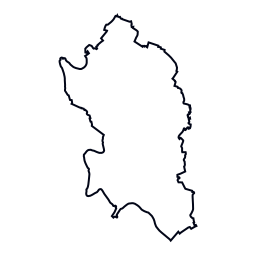 Hoai Duc, Ha Noi, Vietnam (Natural Earth projection)
{"feature_id": "81297802B48396752750587", "entity_name": "Hoai Duc", "entity_type": "district", "adm_level": 2, "iso_a3": "VNM", "parent_name": "Vietnam", "parent_adm1": "Ha Noi", "projection": "natural_earth1", "projection_center": [105.698, 21.023], "detail": "fine", "context": "isolated", "style": "outline", "palette": "ink", "viewbox_px": 256, "rotation_deg": 0, "n_neighbors": 0, "source": "geoboundaries", "source_scale": "gbopen_adm2", "svg_char_len": 5725}
<svg xmlns="http://www.w3.org/2000/svg" viewBox="0 0 256 256"><path d="M160.7,47.2L158.2,46.9L158.4,45.7L148.6,42.4L147.4,46.6L147.2,47.3L146.7,47.0L146.0,46.0L145.7,46.1L145.1,46.2L144.6,46.0L144.4,46.5L143.1,45.9L142.9,45.9L142.5,46.7L134.5,41.5L136.2,37.5L137.3,35.6L137.6,34.5L137.8,31.7L137.4,31.1L136.2,30.1L132.9,28.0L133.2,26.8L131.7,27.0L131.4,25.2L131.4,24.9L131.7,24.3L131.7,23.9L131.1,21.3L129.5,21.7L122.3,19.2L122.2,18.8L121.1,18.7L120.8,18.5L120.0,16.9L119.1,17.1L117.7,16.3L117.3,15.4L116.8,16.4L115.7,15.9L115.5,16.0L113.6,19.3L112.3,20.8L111.2,21.9L107.9,24.6L107.4,24.7L106.3,24.7L105.6,25.7L104.9,27.4L104.2,29.9L107.0,30.7L106.7,31.5L101.1,38.3L103.0,40.6L100.8,42.2L97.6,45.0L97.8,45.4L97.7,45.6L96.3,46.6L96.6,47.5L97.1,48.6L96.4,49.1L95.5,48.5L94.9,48.3L93.6,48.6L93.3,48.3L92.8,47.7L92.0,46.3L91.3,45.8L90.7,45.5L89.5,45.1L89.2,45.0L86.6,47.2L85.3,48.7L85.4,52.5L86.5,52.8L87.6,51.3L88.9,53.3L87.4,54.5L85.1,56.0L86.2,57.7L86.5,58.2L86.6,58.8L86.7,59.8L86.7,62.8L86.5,63.8L86.2,64.7L85.8,65.4L85.2,66.3L84.6,66.9L83.8,67.6L81.5,68.9L80.5,69.0L79.7,69.0L76.1,68.1L75.5,67.9L73.8,67.2L73.0,66.7L70.5,64.6L69.8,63.7L69.3,63.0L68.5,62.4L67.5,61.8L66.7,61.2L65.9,60.2L65.5,58.9L65.0,58.3L64.8,58.2L64.2,58.4L63.8,58.1L63.5,58.3L63.2,58.7L62.9,58.7L62.7,58.1L62.4,57.8L61.9,57.6L61.5,57.6L60.7,58.0L60.3,58.5L60.5,59.3L60.6,59.7L59.9,60.3L59.6,60.9L59.6,61.5L59.7,62.4L60.1,64.2L60.8,66.4L62.0,68.0L62.6,69.6L63.8,73.2L64.6,76.8L64.8,78.5L64.8,80.2L65.1,85.2L65.0,86.3L65.2,88.2L65.0,89.7L65.0,90.6L65.4,91.4L65.8,91.9L67.3,94.3L67.7,94.9L68.4,95.3L68.7,95.4L70.0,99.9L71.7,100.1L72.1,102.6L71.9,103.4L71.6,103.8L79.6,107.5L81.5,107.9L81.5,108.3L83.7,108.7L84.4,110.0L85.1,109.8L86.6,111.0L87.0,111.6L87.2,112.1L86.8,113.4L86.9,114.0L87.3,114.5L87.9,114.9L89.6,115.5L90.4,118.1L89.6,118.4L90.5,121.6L90.8,121.8L91.4,121.8L92.0,124.5L91.8,125.9L103.8,134.9L102.9,137.2L102.9,138.3L102.8,139.2L102.5,140.0L102.5,140.7L102.5,141.1L102.9,142.3L103.0,142.6L102.7,143.5L102.8,144.4L103.9,149.0L104.1,150.6L103.8,151.4L103.2,152.2L102.4,152.6L101.6,152.9L99.6,152.9L98.8,152.7L96.8,152.0L95.0,151.2L94.2,150.8L92.3,150.4L90.8,149.8L88.9,149.9L88.0,150.2L87.2,150.8L86.4,151.6L85.4,153.0L84.4,154.1L83.9,154.7L83.9,155.3L83.8,156.2L84.1,157.4L84.3,159.1L84.6,160.8L85.4,163.0L86.5,165.4L87.5,167.4L87.8,167.9L88.5,168.4L88.7,168.6L88.9,169.0L88.9,169.3L88.6,170.5L88.6,170.9L89.3,173.1L89.4,174.4L89.2,176.5L88.8,180.5L88.3,184.7L87.9,186.7L87.2,188.5L86.8,189.0L86.5,189.3L86.4,189.5L86.4,189.9L86.5,190.8L86.5,191.5L86.3,192.6L86.2,193.6L86.3,194.4L86.6,195.2L87.0,195.7L87.6,196.0L88.5,196.1L90.4,195.7L92.4,194.7L95.0,193.1L96.9,192.2L97.3,191.8L98.0,191.0L98.8,189.8L99.2,189.5L99.8,189.2L100.6,189.1L101.1,189.2L101.6,189.6L102.4,190.6L104.4,194.0L108.4,199.5L110.2,202.6L110.9,203.2L112.3,204.2L112.7,204.8L112.9,205.0L113.1,205.7L113.3,205.9L113.6,206.0L114.0,206.0L114.7,205.8L115.4,205.7L115.7,205.9L116.0,206.2L116.1,206.5L116.1,206.8L115.7,207.3L115.7,207.6L116.1,208.2L116.2,208.4L114.5,212.2L111.9,216.1L113.4,217.6L114.3,216.8L115.1,216.6L116.9,217.5L117.2,217.2L117.3,216.9L116.8,215.2L116.8,214.7L120.1,209.6L120.8,208.9L122.2,208.5L123.1,207.8L124.4,206.6L126.8,204.7L128.4,203.7L129.3,203.5L131.9,203.2L133.0,203.2L134.8,203.7L137.4,205.3L138.8,206.4L139.6,207.2L141.5,209.4L142.1,209.9L144.4,211.2L146.9,212.2L148.4,212.6L150.8,214.9L151.9,216.0L152.7,217.3L153.7,219.1L154.4,221.1L155.0,223.6L156.1,226.5L157.8,228.7L159.4,230.6L161.5,232.5L169.8,239.4L170.7,240.6L178.3,231.7L179.7,233.6L181.1,232.4L188.3,227.5L189.8,227.0L191.2,228.8L194.8,226.7L196.4,226.0L195.8,224.9L194.5,225.2L193.5,222.7L194.2,222.3L193.8,220.9L193.4,218.3L192.5,218.2L192.0,217.8L191.6,217.3L190.9,216.8L190.3,215.5L190.4,214.8L191.3,213.5L192.7,210.6L193.1,209.1L193.0,204.5L192.6,196.7L192.6,195.6L192.7,194.7L193.2,194.0L194.1,193.2L194.1,192.6L193.7,192.0L192.3,192.0L192.2,190.8L185.4,188.8L184.7,187.6L182.1,182.4L178.5,182.3L177.6,180.2L177.8,179.4L178.2,178.6L178.7,178.6L179.3,178.4L179.5,178.1L179.5,177.7L179.2,177.3L177.4,176.8L177.4,174.8L180.7,173.6L185.2,171.5L184.1,166.6L184.6,165.9L184.9,164.7L184.6,161.5L183.9,160.5L183.8,159.6L184.2,158.8L184.9,157.8L185.2,156.6L185.1,155.6L185.1,155.3L185.3,154.9L185.7,154.4L185.8,153.9L185.8,153.5L185.7,152.7L185.6,152.2L182.3,152.2L182.1,151.4L182.1,148.1L181.2,146.3L183.1,141.5L183.2,140.4L181.2,138.3L180.8,138.0L180.4,137.8L180.0,138.0L179.7,138.8L179.5,139.0L179.1,138.5L178.6,137.7L178.6,137.0L178.8,136.2L179.3,135.4L180.0,134.5L182.2,132.2L183.0,131.0L183.9,128.5L184.4,128.4L184.7,128.6L184.6,129.7L185.2,130.1L185.5,130.0L185.7,129.8L187.4,127.5L187.8,127.3L188.1,127.3L188.5,127.5L188.7,128.7L189.5,128.5L190.0,128.2L190.5,126.7L190.6,125.8L190.7,124.5L190.2,124.4L189.0,123.7L188.6,123.4L188.5,123.0L188.6,122.7L189.2,122.1L189.2,121.8L189.3,121.4L188.8,119.7L189.3,119.3L189.5,118.7L190.1,118.7L189.9,117.6L188.8,118.2L188.5,118.1L188.3,117.8L188.0,116.9L188.0,116.1L187.7,115.8L187.7,115.5L187.6,115.1L187.7,114.8L187.9,114.5L188.7,114.4L189.4,114.1L189.7,113.7L189.9,113.5L189.9,113.2L189.2,113.0L189.0,112.3L190.5,112.0L190.1,109.8L190.6,109.1L190.5,108.1L189.7,107.9L189.5,106.9L190.1,106.7L190.0,105.4L189.3,105.3L188.3,104.7L187.2,104.3L183.8,103.5L183.5,103.1L183.4,102.1L184.1,100.9L184.2,100.0L184.1,98.6L183.7,97.5L183.4,96.4L183.1,95.0L182.7,94.1L182.3,93.1L181.6,93.0L181.4,92.7L181.4,92.0L181.6,90.8L181.5,90.3L181.2,89.6L180.0,88.5L179.0,88.1L177.9,87.9L177.6,86.8L174.5,85.9L175.5,82.4L175.6,81.9L174.9,81.3L175.0,80.8L172.5,78.7L173.1,78.0L177.3,71.7L176.4,71.0L176.8,69.7L177.0,67.6L175.7,63.4L171.1,57.7L168.7,55.3L164.4,51.6L164.6,49.9L160.8,48.7L160.9,47.7L160.7,47.2Z" fill="none" stroke="#020617" stroke-width="2"/></svg>